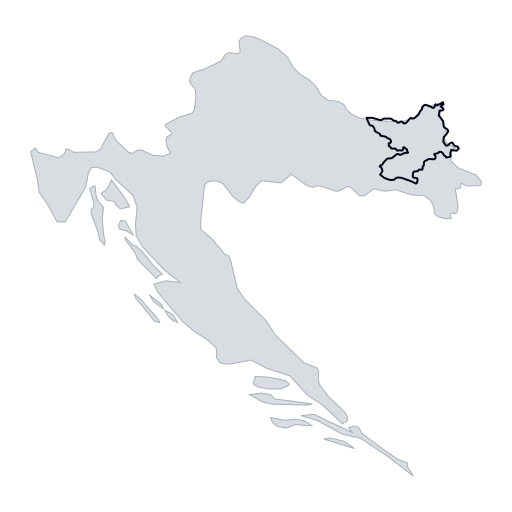 Croatia, with Osjecko-Baranjska highlighted
{"feature_id": "HRV-1603", "entity_name": "Osjecko-Baranjska", "entity_type": "County", "adm_level": 1, "iso_a3": "HRV", "parent_name": "Croatia", "parent_adm1": "", "projection": "mercator", "projection_center": [18.514, 45.561], "detail": "fine", "context": "in_parent", "style": "outline", "palette": "ink", "viewbox_px": 512, "rotation_deg": 0, "n_neighbors": 0, "source": "natural_earth", "source_scale": "10m", "svg_char_len": 7658}
<svg xmlns="http://www.w3.org/2000/svg" viewBox="0 0 512 512"><path d="M35.4,148.0L38.2,152.4L58.4,157.7L62.8,155.3L65.4,151.7L65.4,149.5L67.1,148.8L74.2,152.3L96.0,151.9L100.4,149.2L108.6,133.9L111.3,132.6L113.0,133.3L114.3,137.8L117.4,142.0L128.4,152.2L132.6,153.4L136.6,150.6L140.8,149.8L152.7,155.2L162.8,156.2L170.3,153.4L166.6,145.3L166.0,141.1L166.5,137.5L171.6,133.9L171.4,132.3L165.2,126.0L165.5,124.4L179.0,117.2L192.1,113.2L194.2,110.1L196.0,96.8L195.3,89.6L190.0,82.9L189.6,79.5L190.9,76.0L193.0,72.8L204.3,69.1L220.9,61.2L225.9,53.9L229.0,52.7L238.3,53.7L240.2,51.9L239.0,41.4L240.6,38.7L245.4,35.7L253.6,36.9L260.4,39.6L278.1,48.9L287.6,57.4L292.8,66.9L299.9,74.3L308.9,79.5L316.0,86.5L321.2,95.4L328.5,100.4L337.9,101.4L343.9,104.5L346.4,109.5L351.5,114.0L359.2,118.0L371.2,120.2L401.4,122.1L414.9,117.4L425.0,105.2L429.3,106.0L443.3,102.5L442.4,109.8L438.3,113.0L442.5,120.6L446.5,132.8L444.3,138.8L447.0,143.5L455.5,148.2L453.1,149.6L451.2,153.6L450.9,160.8L457.7,167.6L475.9,175.1L481.2,181.2L481.3,183.7L480.3,185.5L466.3,186.0L461.1,182.9L460.5,187.8L455.4,189.3L458.2,207.1L457.1,212.1L455.2,213.8L451.3,212.9L450.2,214.6L451.1,218.4L446.1,218.8L438.0,216.8L434.4,213.4L433.7,206.7L431.1,201.3L424.7,195.8L411.4,194.9L395.8,189.7L384.5,191.3L373.7,188.8L364.4,195.8L359.7,195.8L350.3,187.0L347.5,186.5L339.3,190.9L335.9,191.2L322.2,186.4L317.2,185.7L313.6,187.3L307.0,185.6L291.2,174.2L281.4,182.9L261.5,180.7L255.6,186.6L248.8,197.9L243.3,203.3L238.5,201.3L232.9,196.4L223.0,183.7L218.0,181.3L212.3,180.8L207.3,182.2L204.6,184.8L200.8,219.7L200.7,229.5L211.7,238.6L224.6,254.1L228.8,255.9L230.8,261.0L237.3,288.6L243.8,298.3L266.1,320.8L275.5,335.1L303.9,362.8L316.4,367.7L318.4,370.3L318.5,381.1L319.9,385.1L328.2,396.3L345.3,412.7L347.2,416.5L347.8,419.2L346.7,421.4L342.2,423.6L322.7,405.1L307.3,395.0L290.0,375.9L266.8,368.4L251.0,360.0L230.9,363.9L224.4,364.0L219.7,362.5L216.4,357.3L216.4,348.0L207.1,339.6L194.5,331.6L182.5,321.3L158.5,293.2L153.7,284.2L166.0,280.8L180.3,282.6L164.9,270.6L142.8,247.1L136.2,235.9L135.5,223.9L137.1,207.3L133.1,195.4L116.1,180.0L109.8,171.9L97.3,167.1L91.6,167.5L88.3,173.5L85.8,186.9L65.1,222.0L57.0,221.8L48.0,205.1L39.3,192.5L37.3,179.1L30.7,151.8L35.4,148.0ZM407.4,463.1L407.5,466.9L413.6,476.3L386.3,455.4L360.5,438.3L342.2,434.2L317.2,420.5L300.9,415.6L314.3,414.4L352.8,432.8L348.5,427.9L354.1,426.0L358.8,427.4L361.8,433.4L383.5,449.5L397.3,459.0L407.4,463.1ZM105.1,240.9L104.5,245.1L99.8,239.8L97.5,230.3L91.6,215.0L90.9,210.7L93.9,206.4L93.7,202.1L89.6,188.5L93.1,186.3L95.1,186.1L96.0,195.4L97.8,200.8L103.5,207.4L102.3,218.4L103.5,233.9L105.1,240.9ZM129.7,206.7L120.3,209.0L115.8,204.9L114.6,201.5L106.9,200.4L101.2,193.5L107.9,188.3L111.4,179.8L124.3,197.1L129.7,206.7ZM281.0,388.8L268.9,389.0L258.4,387.1L253.2,383.9L255.2,376.5L266.9,377.0L284.7,380.3L289.1,384.1L287.7,385.9L281.0,388.8ZM312.3,404.0L306.9,405.1L272.9,404.2L262.9,402.1L249.7,394.7L260.8,393.1L271.1,394.7L274.2,398.8L312.3,404.0ZM158.7,275.7L156.7,278.6L137.6,259.7L135.4,253.3L125.9,240.4L124.5,236.9L133.2,245.4L136.5,246.2L144.8,254.5L152.9,265.0L162.6,274.2L158.7,275.7ZM270.7,417.5L284.8,420.4L295.2,419.1L304.6,420.9L311.8,425.8L295.7,424.7L286.0,428.1L277.4,426.3L274.2,424.1L271.9,421.4L270.7,417.5ZM158.7,319.8L159.7,322.5L154.7,321.4L135.9,298.2L133.9,293.7L140.6,299.1L158.7,319.8ZM125.4,221.0L133.3,235.0L126.1,230.7L119.6,229.1L118.3,225.9L120.6,220.6L125.4,221.0ZM344.0,441.3L354.4,448.5L323.8,439.1L330.5,438.0L344.0,441.3ZM172.7,314.4L177.7,322.3L172.9,320.6L167.9,315.8L164.9,310.4L172.7,314.4ZM162.0,304.9L163.2,308.7L153.6,301.6L149.3,294.8L162.0,304.9Z" fill="#d9dde1" stroke="#a8b0b8" stroke-width="1"/><path d="M437.0,105.4L437.4,105.3L438.7,104.4L440.3,104.0L441.1,103.5L441.9,102.6L443.0,102.5L443.5,104.2L442.1,105.1L441.5,105.7L440.8,106.5L442.4,107.7L443.2,108.6L443.5,109.5L442.9,110.2L441.9,110.4L439.5,110.7L439.3,113.7L439.1,114.3L438.8,114.8L438.7,115.2L439.0,115.9L440.2,117.1L440.7,118.1L442.9,120.8L443.3,122.5L443.6,125.8L444.2,127.2L445.3,128.1L446.6,128.8L447.7,129.8L448.2,131.4L447.7,132.3L445.6,135.2L444.8,135.9L443.9,136.8L443.5,138.8L443.5,140.9L443.2,141.8L443.8,142.4L445.4,144.9L446.1,145.6L447.5,145.6L448.5,144.8L449.3,143.8L450.6,143.1L451.3,142.7L452.0,142.5L452.7,143.0L453.1,143.9L453.4,144.4L453.7,144.9L454.5,145.6L455.8,146.2L456.9,146.4L457.9,147.0L458.7,148.6L456.5,150.7L451.9,150.1L451.3,150.0L450.3,152.7L450.4,154.7L450.7,156.0L449.6,156.9L447.0,157.4L446.3,157.4L445.9,157.2L445.7,156.7L445.2,156.0L444.9,155.8L444.0,155.3L443.8,155.1L443.6,154.8L443.5,154.6L443.4,154.1L443.3,153.8L443.0,153.4L442.6,153.0L441.6,152.2L440.9,151.9L439.9,151.9L439.5,152.0L439.0,152.1L438.7,152.4L438.3,152.9L437.8,153.2L437.1,153.4L435.0,153.8L434.5,153.9L434.4,154.2L434.3,154.4L434.4,154.7L434.6,155.0L435.2,155.7L435.3,155.9L435.4,156.2L435.5,157.0L435.5,157.6L435.4,158.3L434.9,158.8L434.3,159.3L428.7,159.0L427.2,159.9L425.4,160.8L424.6,161.2L424.2,161.7L424.1,162.0L424.0,162.4L423.8,165.0L423.7,165.5L423.5,165.9L423.0,166.3L422.8,166.5L422.6,166.7L422.6,167.1L422.6,167.5L422.6,168.1L422.6,168.6L422.4,169.3L422.2,169.6L421.9,169.7L419.2,169.6L418.7,169.8L418.4,170.2L418.2,170.6L417.9,171.1L414.6,171.5L413.7,171.9L413.2,172.5L413.1,173.0L413.0,173.4L412.8,176.5L412.8,177.0L413.0,177.3L413.4,177.5L413.8,177.7L416.4,178.0L416.8,178.2L417.2,178.5L417.4,179.0L417.5,179.6L417.4,181.0L417.3,181.7L417.1,182.3L416.8,183.0L416.4,183.4L416.0,183.5L415.7,183.5L415.1,183.2L411.3,181.3L401.8,177.9L399.0,177.5L397.0,177.7L396.0,178.0L395.5,178.4L395.1,178.9L394.5,179.5L393.5,179.8L391.1,180.0L389.4,179.8L384.3,177.9L383.6,177.4L383.4,177.2L383.2,177.0L380.2,174.7L382.3,171.4L382.4,170.3L382.2,170.0L382.0,169.5L381.8,168.6L381.6,168.1L381.4,167.7L381.2,167.4L380.5,167.0L379.9,166.7L379.8,166.4L379.8,166.1L380.0,165.9L380.2,165.7L380.4,165.5L380.6,165.3L380.9,165.2L381.2,165.1L381.7,165.0L382.1,164.7L382.5,164.3L383.5,162.5L383.9,162.0L386.5,159.4L387.3,158.7L388.2,158.4L390.2,158.4L391.7,158.0L392.2,157.9L396.5,154.4L397.3,154.0L397.9,154.0L399.8,154.7L400.6,154.8L400.7,154.7L404.1,153.2L405.3,152.9L407.0,152.8L407.8,152.7L408.0,152.5L408.0,152.3L407.4,151.6L407.2,151.2L407.0,150.7L407.1,150.0L407.0,149.7L406.8,149.3L405.3,148.3L404.5,147.5L404.2,147.3L403.9,147.3L403.6,147.3L403.3,147.5L403.2,147.8L403.1,148.2L403.0,149.5L403.0,149.8L402.8,150.1L402.4,150.4L401.9,150.5L398.8,150.3L398.3,150.4L397.7,150.6L397.3,150.6L397.0,150.5L396.7,150.2L395.9,149.0L395.6,148.8L395.5,148.6L395.3,148.6L392.0,148.6L391.6,148.5L391.3,148.4L390.9,148.0L390.3,146.9L390.0,146.6L389.7,146.4L389.3,146.3L389.1,146.2L388.9,146.0L388.7,144.0L388.8,143.6L388.8,143.4L389.0,143.3L390.0,142.9L390.5,142.6L391.1,141.8L391.1,141.3L390.9,140.8L390.6,140.2L389.9,139.1L389.3,138.8L387.9,138.4L387.4,138.1L386.5,137.2L386.1,136.9L385.6,136.7L380.4,135.6L380.2,134.3L380.1,134.1L379.9,133.9L376.1,131.9L375.3,131.3L374.8,130.7L374.7,129.9L374.5,129.2L374.3,128.4L373.6,127.1L373.1,126.4L372.6,126.0L372.2,125.7L370.0,125.3L369.7,125.0L369.3,124.4L369.0,123.4L368.1,121.8L367.4,120.0L366.8,117.9L372.1,117.8L380.2,120.1L381.0,120.1L381.9,119.8L383.2,118.8L383.9,118.6L390.2,118.6L391.6,119.0L393.9,120.8L395.7,120.8L397.0,122.3L398.3,122.8L399.6,122.2L400.9,121.5L402.1,121.6L403.4,123.2L403.9,123.4L404.4,123.4L405.0,123.4L405.5,123.2L407.0,122.1L409.6,118.8L410.9,117.9L412.6,118.7L414.6,118.0L417.9,115.1L418.8,114.0L420.5,110.7L421.6,109.4L421.8,109.4L422.0,108.7L422.2,107.4L422.5,106.9L424.2,105.1L425.6,104.8L429.4,106.1L432.5,107.7L433.4,107.9L434.2,107.4L434.5,106.6L434.9,105.6L435.6,104.5L436.6,105.4L437.0,105.4Z" fill="none" stroke="#020617" stroke-width="2"/></svg>